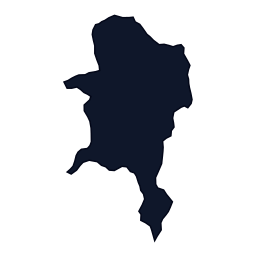 Adelândia, Goiás, Brazil (Natural Earth projection)
{"feature_id": "56859067B13956075802223", "entity_name": "Adelândia", "entity_type": "district", "adm_level": 2, "iso_a3": "BRA", "parent_name": "Brazil", "parent_adm1": "Goiás", "projection": "natural_earth1", "projection_center": [-50.188, -16.386], "detail": "fine", "context": "isolated", "style": "filled", "palette": "ink", "viewbox_px": 256, "rotation_deg": 0, "n_neighbors": 0, "source": "geoboundaries", "source_scale": "gbopen_adm2", "svg_char_len": 1611}
<svg xmlns="http://www.w3.org/2000/svg" viewBox="0 0 256 256"><path d="M183.9,47.9L181.1,44.7L177.3,45.3L173.1,46.8L169.0,45.5L164.1,44.3L159.1,44.7L153.4,40.3L150.1,36.9L146.9,34.3L142.8,28.4L139.7,24.3L135.2,21.9L133.1,17.2L129.2,17.6L122.6,17.7L114.5,15.4L108.9,17.8L104.9,20.4L101.8,21.7L99.0,23.8L95.6,24.7L93.0,29.9L92.3,34.5L93.5,40.4L94.8,45.7L94.8,53.4L97.0,59.9L99.2,65.5L99.7,70.5L95.7,71.7L89.0,72.8L85.2,74.8L78.9,75.0L75.6,76.3L71.8,78.2L68.1,80.5L64.0,82.0L67.1,88.2L71.7,88.2L76.9,87.0L80.5,89.4L84.0,92.5L87.6,94.2L90.9,96.4L89.7,99.9L84.2,105.0L84.3,110.8L87.8,116.7L89.9,121.2L91.1,128.0L91.3,133.2L91.4,141.8L90.0,145.6L87.4,148.5L81.4,149.3L78.1,152.1L76.2,155.6L74.8,161.3L73.1,166.2L70.3,169.3L67.2,172.0L71.2,174.0L76.5,170.2L80.0,165.5L83.0,162.3L89.2,160.2L97.3,161.7L101.5,165.3L105.8,166.8L109.3,170.1L114.3,170.5L122.0,166.3L126.8,166.8L130.4,171.5L134.4,172.9L136.5,176.3L138.4,182.4L140.0,186.2L140.8,190.4L143.5,193.9L144.7,199.1L142.3,204.9L138.9,211.3L141.1,214.4L140.8,220.3L145.4,222.6L150.3,226.0L151.6,229.6L154.7,240.6L157.0,236.4L161.2,229.9L160.8,222.8L162.6,218.8L165.9,214.8L168.3,211.5L170.2,207.3L172.4,201.8L168.8,197.3L166.5,194.5L163.6,190.0L157.7,188.0L155.7,184.3L155.5,177.6L157.8,172.5L161.6,163.7L162.4,156.2L162.9,151.1L163.1,147.2L162.6,141.1L166.3,138.1L170.9,135.8L171.3,130.7L174.0,127.1L173.5,122.9L172.6,118.1L173.8,112.0L181.1,107.2L184.4,105.9L187.8,107.7L191.1,103.5L192.0,99.6L190.8,93.3L189.4,87.6L188.7,83.4L188.5,79.1L187.3,74.8L188.5,69.4L189.9,65.4L187.5,60.8L183.5,53.8L183.9,47.9Z" fill="#0f172a" stroke="#020617" stroke-width="1.5"/></svg>